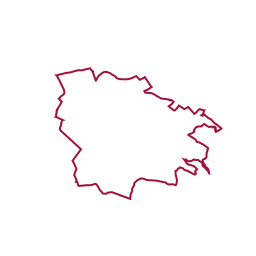 outline of Coseiu, Salaj, Romania, rotated 233°
{"feature_id": "2599482B83775863976208", "entity_name": "Coseiu", "entity_type": "district", "adm_level": 2, "iso_a3": "ROU", "parent_name": "Romania", "parent_adm1": "Salaj", "projection": "robinson", "projection_center": [23.002, 47.332], "detail": "fine", "context": "isolated", "style": "outline", "palette": "rose", "viewbox_px": 256, "rotation_deg": 233, "n_neighbors": 0, "source": "geoboundaries", "source_scale": "gbopen_adm2", "svg_char_len": 5664}
<svg xmlns="http://www.w3.org/2000/svg" viewBox="0 0 256 256"><g transform="rotate(233 128 128)"><path d="M198.4,133.7L198.6,133.2L199.1,132.2L200.3,129.6L201.4,126.8L202.2,125.4L202.5,125.0L204.1,123.2L204.4,122.1L205.2,120.3L205.9,118.4L206.3,117.7L206.5,116.9L207.7,114.2L208.9,112.4L211.9,105.6L212.9,102.6L213.0,102.5L211.8,102.5L211.0,102.3L207.4,101.9L206.9,101.7L205.6,101.6L203.6,101.0L201.2,100.7L197.6,99.9L196.9,99.7L194.5,98.5L193.9,97.7L193.8,97.3L193.5,95.3L193.6,93.4L193.5,92.6L193.1,91.8L193.0,90.9L193.0,90.3L189.4,90.9L188.8,91.0L188.7,90.3L187.7,88.5L186.7,85.9L186.2,84.5L185.3,83.0L185.5,82.8L185.0,82.2L185.1,81.9L184.4,81.5L184.4,81.3L184.5,81.1L184.3,80.9L183.0,80.2L182.5,79.4L182.4,78.9L181.8,78.7L181.5,78.4L180.5,77.3L180.5,77.2L180.4,76.9L179.7,77.6L179.0,77.9L173.8,80.6L173.9,80.4L173.8,80.1L172.2,77.8L170.4,76.0L169.9,75.1L169.6,74.9L169.5,74.4L168.3,73.0L166.6,72.6L149.0,75.9L139.6,77.6L139.3,77.6L135.2,64.0L132.2,63.6L126.2,62.2L125.1,60.0L123.4,57.6L123.2,57.1L123.1,56.9L122.9,56.8L117.1,55.5L116.9,55.2L116.5,54.0L115.2,54.9L114.5,54.7L113.4,54.1L111.7,53.6L109.8,56.2L107.5,60.1L106.9,61.0L106.6,61.2L104.4,64.4L103.3,67.9L102.8,68.6L102.4,68.7L101.5,68.9L98.6,68.7L94.6,68.2L92.4,68.5L91.2,68.4L90.8,68.6L90.2,69.0L90.0,69.4L88.7,70.9L88.5,71.4L88.6,72.8L86.7,76.2L86.3,76.6L83.2,78.7L75.6,83.4L75.2,83.9L72.0,85.8L70.0,87.2L72.1,88.9L73.1,89.9L74.5,92.2L74.7,92.7L77.0,94.9L77.4,95.6L78.1,97.3L78.5,98.5L79.4,99.1L80.0,99.8L80.4,100.7L80.4,101.2L80.4,101.8L80.5,102.5L80.6,104.1L80.6,105.0L80.2,106.9L79.8,108.0L78.6,109.5L77.6,110.3L76.6,110.8L75.0,111.9L73.1,114.0L72.7,114.7L71.9,115.6L70.9,116.6L69.3,118.5L68.8,118.9L68.7,119.3L65.8,121.5L65.0,122.5L64.2,123.2L63.7,123.5L63.0,124.3L61.9,125.1L61.1,125.5L60.7,125.4L59.8,125.8L59.5,125.8L59.1,126.2L58.2,126.7L57.7,127.3L56.9,128.9L56.5,129.4L55.4,130.5L54.2,131.3L53.7,131.6L53.7,132.1L54.5,133.4L56.5,135.4L59.3,136.9L61.9,137.9L65.1,140.0L65.0,140.6L64.6,141.3L64.6,141.5L65.1,142.4L65.5,143.5L65.1,144.9L65.1,145.3L65.2,145.9L64.6,146.3L63.8,146.7L62.7,147.6L61.6,147.7L60.9,147.7L60.5,147.8L59.7,148.4L59.2,148.9L58.1,149.5L57.7,149.7L57.5,149.9L57.5,150.0L57.3,150.1L57.1,150.1L56.1,150.7L55.7,150.7L55.5,150.9L55.1,151.0L54.8,151.3L54.2,151.5L53.5,151.9L53.3,151.9L51.3,152.9L51.0,152.9L50.7,153.2L50.5,153.8L50.4,154.1L50.8,154.7L51.1,155.1L52.3,155.2L52.7,155.3L53.0,155.6L53.2,155.8L53.5,157.3L53.5,158.4L54.4,158.2L55.8,158.1L58.0,157.5L59.8,156.4L61.2,155.2L63.3,153.8L64.0,153.6L65.0,153.8L65.8,153.7L67.4,153.9L68.9,153.9L68.4,154.2L68.3,155.0L68.2,155.1L65.0,156.2L64.5,156.9L63.5,158.8L63.4,159.8L63.3,161.5L63.2,161.7L62.3,162.1L62.2,162.5L61.6,163.1L60.4,164.7L57.5,165.5L56.9,166.2L56.4,166.3L55.5,166.1L55.2,166.0L54.2,165.8L53.7,165.2L53.1,164.9L52.6,164.9L51.9,165.0L51.1,165.4L49.8,165.6L46.7,165.8L45.7,166.0L45.2,166.0L43.2,165.4L43.0,165.5L44.9,166.5L45.4,166.9L46.6,167.2L47.5,167.3L48.7,167.1L50.0,166.6L50.3,166.6L51.0,167.0L51.8,167.1L52.4,167.0L52.8,167.1L53.3,167.1L53.5,167.0L53.5,166.8L53.9,166.7L55.0,167.3L55.4,167.2L55.7,167.5L55.9,167.4L56.0,167.5L56.5,167.5L56.9,167.6L57.4,168.6L57.6,168.7L57.6,168.9L57.6,169.2L57.4,170.3L57.0,170.7L57.0,170.8L57.2,171.1L57.1,171.3L57.3,171.9L57.2,172.0L57.3,172.5L57.3,172.8L57.4,173.1L58.1,173.7L58.8,174.1L59.6,174.7L60.0,175.3L60.8,175.7L61.3,176.5L61.6,177.3L62.0,177.8L62.9,178.2L63.2,179.7L64.3,179.8L69.3,178.2L74.0,176.0L75.1,174.9L75.4,174.7L76.3,174.7L78.0,175.0L79.2,174.7L80.1,174.3L85.9,172.0L86.3,172.2L86.2,173.5L85.4,175.3L85.1,178.7L85.2,178.8L86.6,179.2L87.1,181.1L87.7,182.6L87.4,183.3L87.5,183.5L87.3,184.0L87.3,184.4L86.9,184.7L86.6,185.5L86.1,186.5L85.5,186.9L85.2,187.5L85.1,187.9L85.1,188.2L85.3,188.5L85.3,189.3L85.5,190.5L85.5,191.0L85.4,191.2L85.1,191.4L83.4,191.9L81.9,192.5L80.6,193.0L79.9,193.5L79.7,193.7L79.6,194.0L79.4,194.8L78.8,195.7L77.8,195.8L77.3,196.2L77.4,196.4L77.5,197.0L77.5,197.4L77.3,197.8L76.7,197.8L76.5,198.0L76.3,198.0L75.9,197.8L76.0,198.0L75.7,198.2L75.4,198.2L74.8,197.8L74.7,197.6L74.2,197.4L73.9,197.1L73.7,197.0L73.6,196.6L73.8,196.2L73.6,196.1L73.4,196.3L73.1,196.4L72.7,196.3L72.1,195.8L71.9,195.8L71.8,197.6L71.5,198.7L71.3,200.8L71.3,201.4L71.5,202.4L75.1,201.4L77.6,200.9L79.3,200.2L81.6,199.8L83.7,199.7L84.6,199.5L85.5,199.3L87.1,198.3L89.6,197.8L90.3,197.5L93.2,196.9L93.2,196.6L93.3,196.5L93.0,194.7L94.0,194.3L93.9,194.8L93.9,195.4L94.1,196.3L94.3,196.8L96.2,199.5L96.4,199.1L96.8,198.7L97.4,198.5L97.6,198.3L98.0,198.1L98.2,197.9L98.4,197.5L98.7,197.3L99.3,197.1L99.7,196.9L100.0,196.5L100.1,196.1L100.0,194.9L99.8,193.8L99.4,192.2L99.3,189.5L108.5,188.7L108.9,186.3L109.1,184.4L113.9,182.7L115.3,182.1L114.2,178.7L113.9,176.5L114.0,175.5L119.0,174.0L120.9,173.6L120.8,177.4L120.9,178.2L121.6,180.2L122.5,179.9L123.0,179.8L124.4,179.4L124.6,179.2L125.2,177.8L125.6,177.6L126.1,177.8L126.5,177.6L126.8,177.3L127.2,176.7L128.9,175.1L129.4,174.4L130.3,173.7L130.5,173.4L131.7,172.2L137.1,169.9L137.6,169.8L139.7,168.9L141.7,167.7L142.7,166.8L143.0,166.0L143.4,165.8L146.0,163.0L147.7,163.3L146.9,166.6L146.6,168.6L146.5,171.6L148.2,171.4L158.5,172.1L158.6,170.5L159.4,166.4L164.4,165.9L164.7,165.1L165.1,163.5L165.3,161.9L166.5,158.4L167.1,157.2L168.5,155.1L169.6,153.7L170.3,153.0L171.1,151.9L172.1,150.7L172.6,150.3L174.7,149.0L177.1,148.9L178.5,148.2L179.5,147.8L180.3,147.4L181.8,147.0L182.6,146.7L185.1,145.0L185.4,144.9L186.7,143.4L186.9,143.0L187.2,142.1L187.4,140.4L187.5,138.8L187.3,136.0L187.0,134.9L185.6,131.7L185.1,130.8L185.2,130.7L190.1,132.4L191.9,132.9L192.8,133.3L193.5,133.4L194.2,134.1L194.6,134.1L195.3,133.7L195.6,133.6L198.2,133.7L198.4,133.7Z" fill="none" stroke="#9f1239" stroke-width="2"/></g></svg>